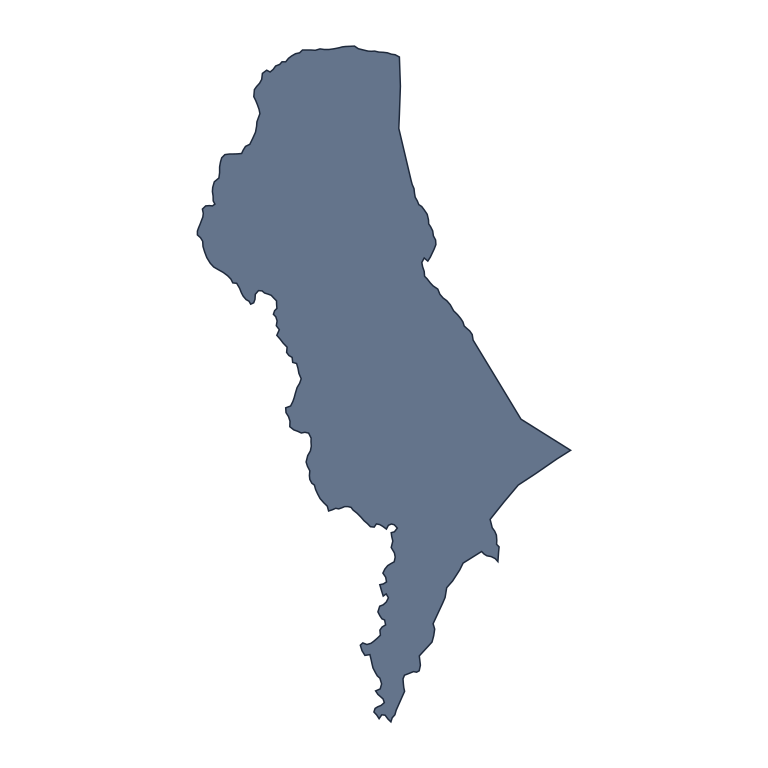 outline of Tobias Barreto, Sergipe, Brazil
{"feature_id": "56859067B30492682162083", "entity_name": "Tobias Barreto", "entity_type": "district", "adm_level": 2, "iso_a3": "BRA", "parent_name": "Brazil", "parent_adm1": "Sergipe", "projection": "equal_earth", "projection_center": [-38.026, -11.081], "detail": "fine", "context": "isolated", "style": "filled", "palette": "slate", "viewbox_px": 768, "rotation_deg": 0, "n_neighbors": 0, "source": "geoboundaries", "source_scale": "gbopen_adm2", "svg_char_len": 4217}
<svg xmlns="http://www.w3.org/2000/svg" viewBox="0 0 768 768"><path d="M570.6,450.3L521.0,419.2L505.1,392.9L498.7,382.3L473.1,340.1L472.2,334.5L469.7,330.9L466.8,328.4L464.2,326.0L462.9,321.9L460.7,318.5L457.5,314.6L453.6,310.8L450.3,304.8L446.8,300.7L443.1,298.0L439.9,294.3L437.8,289.1L433.1,285.9L430.1,282.7L427.2,278.9L424.6,276.3L424.2,271.4L422.6,266.7L421.8,262.5L424.2,258.0L427.8,261.1L430.3,257.2L432.1,253.4L434.1,249.2L435.9,244.6L435.6,240.0L433.4,235.9L432.7,230.9L430.6,226.7L428.7,223.9L428.5,219.9L427.2,214.3L424.3,210.0L421.7,206.5L418.8,204.6L417.3,200.9L415.2,197.2L414.5,193.2L414.0,188.6L412.2,184.5L411.2,180.8L398.8,128.4L399.4,114.5L400.4,86.2L399.4,57.0L395.1,54.7L391.4,54.2L387.4,52.8L383.2,52.3L378.9,52.1L374.7,51.1L371.3,51.3L368.1,51.1L363.5,50.0L358.3,48.7L354.5,46.1L350.1,46.3L345.5,46.5L342.2,46.9L339.4,47.7L336.5,48.3L333.3,48.9L328.9,49.5L324.3,49.5L320.0,48.9L315.3,50.3L310.8,50.0L305.6,50.0L302.5,50.0L299.6,52.8L295.5,53.7L291.7,55.9L288.5,58.3L285.7,61.8L282.0,61.8L279.7,64.4L275.6,66.0L273.2,69.4L270.1,72.0L266.7,70.2L262.4,73.4L261.7,79.4L259.6,83.2L256.6,86.5L254.4,89.6L253.8,96.7L255.7,100.5L257.4,104.7L259.1,109.5L259.9,113.7L258.4,117.7L256.9,121.9L256.6,126.2L255.5,132.2L252.7,138.4L249.8,144.3L245.5,146.4L243.3,149.9L241.6,153.5L236.9,153.9L232.9,154.0L229.7,154.0L224.9,154.6L221.7,157.8L220.5,161.9L219.6,166.9L219.6,172.7L218.9,178.0L214.3,181.8L212.7,187.4L212.4,191.6L213.1,196.0L213.2,200.9L214.9,204.1L212.5,205.9L209.4,205.6L205.7,205.9L202.4,209.1L203.3,213.4L202.8,217.1L201.4,220.7L200.1,224.2L198.6,227.7L197.4,231.1L197.4,234.9L200.5,237.7L202.7,241.3L203.0,246.5L204.6,251.8L206.8,257.6L210.3,263.3L213.7,267.0L218.0,269.5L223.0,272.3L227.6,275.7L230.9,279.1L232.8,282.9L236.7,283.3L239.6,288.3L241.4,292.8L243.2,296.2L246.1,299.6L249.0,301.2L250.7,304.2L253.7,302.8L255.0,299.3L255.3,294.3L258.5,290.6L262.1,290.9L264.5,293.0L268.0,294.1L271.2,295.3L273.7,298.0L276.5,300.8L276.6,304.5L276.9,308.4L274.6,310.7L273.4,314.3L275.8,316.8L277.1,320.9L276.3,325.7L279.3,329.7L276.8,335.3L280.1,339.1L283.3,343.3L287.1,347.2L286.6,352.4L288.9,355.5L292.1,357.4L292.7,362.4L296.6,363.5L298.0,368.4L298.9,373.4L301.2,378.8L299.6,383.3L297.1,387.5L295.4,393.1L294.2,397.6L292.9,401.4L290.6,406.0L285.7,407.8L286.0,412.6L288.5,416.6L290.0,421.2L289.8,426.7L293.8,429.9L297.7,431.3L301.3,433.0L304.9,432.3L308.6,433.1L311.1,438.1L311.0,441.9L311.3,446.2L310.4,450.9L307.7,455.6L306.1,462.0L307.5,466.4L309.8,470.8L309.4,475.6L309.8,479.4L311.8,483.2L314.4,485.1L315.6,489.5L317.6,493.9L320.1,498.6L323.8,502.8L327.3,506.2L328.6,511.0L332.3,509.8L335.7,508.3L338.7,508.9L341.9,507.8L344.6,506.6L348.0,506.6L351.1,507.4L353.0,510.0L356.9,513.1L361.0,517.2L364.0,520.7L367.4,523.6L370.4,526.7L374.2,527.1L376.4,523.9L379.8,524.6L382.8,526.4L386.4,529.1L388.4,525.3L391.4,524.0L394.3,524.8L397.3,528.1L394.4,531.8L391.2,532.7L391.7,536.4L392.8,541.1L391.2,547.5L394.4,552.9L395.2,557.1L394.2,561.8L390.9,563.6L387.7,565.6L384.9,569.0L382.9,573.1L385.7,577.3L386.5,581.9L383.4,583.9L379.8,584.7L381.4,590.3L383.2,596.1L386.2,593.9L388.4,597.8L386.3,602.0L383.2,604.8L379.7,606.2L377.9,611.9L379.9,615.8L381.9,618.8L384.6,620.0L385.6,624.9L382.1,627.0L379.9,630.1L380.4,635.2L377.2,638.3L373.7,641.3L371.0,643.3L366.9,644.5L362.8,642.9L360.3,645.2L362.0,650.7L364.9,655.4L369.9,654.6L371.1,659.6L372.0,663.8L373.0,668.0L375.4,672.6L377.3,675.9L379.9,678.2L381.6,683.9L380.2,688.9L375.6,690.9L377.9,694.4L380.1,696.3L383.1,699.0L384.3,702.6L381.1,705.4L377.7,706.8L375.1,708.4L373.9,712.0L376.7,715.0L379.1,718.7L381.8,714.8L385.1,715.2L388.0,719.1L390.9,721.9L392.2,717.8L394.9,714.8L396.2,710.2L404.6,691.3L403.8,687.7L403.4,683.9L403.0,678.9L404.5,675.2L409.4,673.3L413.5,671.6L416.6,672.2L419.2,670.8L420.4,665.2L419.3,655.9L432.0,642.1L433.7,635.8L434.7,629.1L433.1,623.7L442.6,603.3L445.1,597.5L446.7,587.7L452.6,581.0L459.7,570.0L463.1,563.1L481.6,551.5L484.0,554.0L486.9,555.8L491.2,556.6L495.2,558.6L497.9,561.6L498.2,557.6L498.6,551.9L499.1,546.9L496.6,544.3L496.8,540.3L496.4,535.1L494.7,531.2L492.2,527.7L491.1,523.2L490.1,519.4L504.0,502.0L518.2,485.1L535.4,473.8L557.0,458.9L570.6,450.3Z" fill="#64748b" stroke="#1e293b" stroke-width="1.5"/></svg>